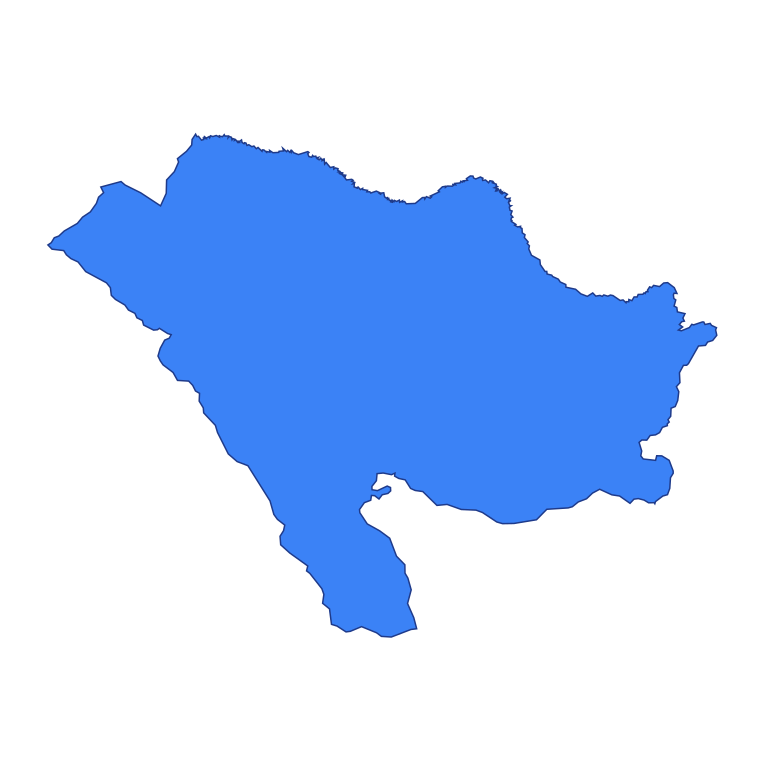 Requena, Loreto, Peru, rotated 269°
{"feature_id": "86281439B4409689759703", "entity_name": "Requena", "entity_type": "district", "adm_level": 2, "iso_a3": "PER", "parent_name": "Peru", "parent_adm1": "Loreto", "projection": "natural_earth1", "projection_center": [-73.578, -5.99], "detail": "fine", "context": "isolated", "style": "filled", "palette": "blue", "viewbox_px": 768, "rotation_deg": 269, "n_neighbors": 0, "source": "geoboundaries", "source_scale": "gbopen_adm2", "svg_char_len": 6156}
<svg xmlns="http://www.w3.org/2000/svg" viewBox="0 0 768 768"><g transform="rotate(269 384 384)"><path d="M130.9,386.9L138.1,406.7L138.7,412.4L149.8,409.7L164.1,403.7L177.7,407.6L189.5,404.5L194.5,401.7L202.9,401.7L211.6,393.5L229.7,387.0L237.2,377.2L244.4,364.8L255.7,357.6L258.9,357.3L265.7,362.3L268.0,368.7L272.8,369.5L272.5,372.7L269.1,377.0L273.3,380.3L274.5,386.0L277.0,388.8L280.4,388.7L281.9,385.4L277.5,375.6L278.5,370.2L281.8,370.1L287.4,374.7L294.5,375.5L295.0,381.6L293.2,390.0L294.7,393.4L291.7,393.0L289.3,397.1L287.8,403.5L279.1,408.8L277.0,413.3L275.8,420.9L261.7,434.8L262.5,445.0L257.2,459.1L256.3,473.8L253.8,480.2L244.1,494.3L242.3,500.1L242.3,511.5L245.6,534.1L255.9,544.6L256.9,566.0L258.0,570.2L262.7,576.2L265.7,584.5L271.3,590.6L275.0,597.8L269.2,609.9L267.9,617.6L260.4,627.9L264.5,631.9L265.0,636.3L263.4,642.0L260.6,646.5L260.6,652.1L259.6,652.7L261.7,653.4L267.1,660.8L268.4,665.5L274.6,667.9L285.3,668.8L289.7,671.6L292.0,671.6L302.7,667.8L307.3,660.5L307.5,655.4L302.9,654.2L304.5,641.9L307.7,639.5L312.5,640.5L321.2,638.0L323.5,640.8L323.3,645.8L327.9,649.2L328.4,654.6L330.6,658.7L335.8,661.6L337.4,666.6L339.2,666.5L341.0,668.5L343.4,667.3L346.7,670.1L354.8,670.6L356.4,674.8L362.4,677.4L371.2,678.6L376.2,676.3L380.2,679.9L390.1,679.6L397.4,683.7L397.5,687.0L399.0,688.7L416.5,699.1L417.0,706.1L420.3,708.3L421.8,713.4L426.9,717.6L432.3,716.5L434.5,717.4L436.9,712.5L438.9,711.2L437.9,706.0L440.4,704.8L440.5,703.4L437.7,694.6L438.3,692.8L435.1,690.3L432.0,682.2L432.8,679.3L435.8,683.6L438.3,680.3L441.1,682.8L441.6,685.4L444.7,684.0L449.1,686.2L451.0,678.6L455.4,678.1L456.8,675.4L463.0,677.2L464.4,675.3L468.1,674.9L469.7,675.6L469.4,678.5L475.3,675.9L480.4,669.4L480.1,665.4L476.6,661.2L477.9,655.3L475.7,653.3L476.5,651.3L473.2,649.1L471.7,649.5L471.7,647.6L469.9,646.7L470.6,645.6L469.2,644.4L469.1,639.7L466.6,638.6L466.7,635.6L463.0,633.3L464.2,630.3L462.0,630.2L462.1,627.8L461.0,627.4L463.9,624.5L463.4,621.6L468.4,614.5L469.0,611.9L467.9,609.4L469.2,605.3L467.8,603.7L468.8,601.5L468.2,597.3L471.4,594.3L468.1,588.8L470.7,582.4L475.4,577.2L477.6,567.6L480.3,567.5L482.9,562.0L485.8,560.1L488.5,554.5L489.9,553.6L491.1,549.0L493.7,548.7L493.7,547.0L500.6,542.4L505.3,542.0L510.1,533.7L516.5,531.1L519.6,531.8L522.0,529.6L523.5,530.6L528.0,526.9L530.8,527.6L532.7,524.9L537.1,524.7L538.0,523.1L539.3,523.3L538.7,520.4L540.5,517.4L541.3,518.6L544.3,514.2L545.6,515.2L545.1,514.3L546.0,513.8L547.9,514.3L548.6,515.8L551.1,513.7L554.7,515.1L555.5,513.0L558.7,512.4L560.0,514.3L560.1,513.0L563.3,511.6L565.4,514.1L564.9,512.2L567.6,513.3L567.1,509.9L568.7,508.0L571.5,510.7L573.4,507.6L572.2,505.6L574.0,505.8L572.8,504.2L573.9,503.2L574.3,504.7L576.1,504.0L575.1,502.9L577.2,501.5L575.1,500.4L575.0,499.0L577.7,500.1L578.3,497.9L579.5,500.8L580.1,499.6L581.8,499.8L583.6,495.2L583.6,497.2L584.8,496.3L585.4,493.4L583.4,492.1L586.2,489.1L585.8,486.2L587.9,485.9L587.7,487.1L589.3,484.0L587.4,479.3L588.4,477.2L590.3,476.6L590.5,473.9L587.9,470.0L586.2,471.0L585.8,467.1L584.7,468.2L585.3,466.5L584.4,465.7L585.4,464.4L583.7,463.5L583.3,458.4L581.9,459.1L582.6,455.8L581.6,457.2L580.6,455.7L580.8,450.5L579.5,448.8L580.6,448.8L580.1,445.8L576.3,441.6L575.2,442.7L571.1,433.5L570.3,434.9L569.0,433.5L570.6,429.6L568.2,428.0L569.8,427.6L569.7,425.6L564.0,418.4L563.8,409.4L566.1,407.8L565.7,405.6L566.9,405.8L565.4,402.8L567.6,402.6L566.3,399.8L567.4,397.6L566.1,397.1L567.6,395.5L565.6,395.5L566.0,393.8L567.4,394.1L567.5,392.5L569.4,392.0L568.6,390.8L571.0,390.8L569.3,390.3L571.1,387.9L575.2,387.1L574.9,384.3L573.8,384.0L574.6,382.7L575.1,383.6L577.0,379.7L575.2,374.1L576.4,373.2L576.5,370.2L577.9,370.9L578.8,366.1L580.0,366.1L578.8,363.8L581.4,361.6L580.9,360.3L580.0,361.3L581.7,357.5L584.9,357.9L584.7,356.5L586.1,358.1L587.2,355.3L588.2,356.7L589.2,355.3L588.7,350.0L591.1,348.4L593.4,349.4L593.7,347.2L592.2,347.4L593.8,346.0L595.8,346.4L596.0,345.0L594.2,345.3L595.2,343.1L596.4,343.9L596.8,342.1L597.5,343.3L598.4,341.5L600.1,341.8L600.9,339.1L599.8,337.6L602.1,337.6L601.4,334.1L606.5,330.0L604.9,328.5L609.1,328.2L608.6,326.5L609.9,327.4L609.4,325.6L610.9,324.7L609.3,323.1L610.3,321.4L611.8,322.6L611.3,320.4L613.0,319.8L612.7,317.6L613.8,316.6L612.0,315.7L612.7,312.9L615.6,311.8L616.8,313.0L617.7,311.9L614.9,302.4L616.8,297.7L619.0,295.9L617.4,295.3L618.8,294.8L617.3,293.8L619.3,291.8L618.0,290.6L621.5,286.9L618.8,287.7L618.5,283.1L617.4,282.8L617.2,277.0L619.5,273.7L617.8,273.9L618.5,270.9L617.7,270.7L620.1,268.0L620.2,266.6L618.8,266.1L622.7,262.2L621.5,260.4L624.2,258.1L623.6,256.0L625.6,253.0L624.9,251.2L627.3,250.2L627.7,248.8L626.7,248.2L628.0,246.3L630.5,245.8L629.2,243.9L629.4,241.8L628.0,243.5L627.9,242.1L630.9,239.9L630.2,238.7L631.4,238.9L632.0,237.1L630.8,236.3L633.4,235.7L634.2,233.5L633.1,232.5L634.7,232.8L634.7,229.3L636.1,228.6L634.1,226.9L634.7,224.0L635.7,223.5L633.7,223.8L635.4,220.6L634.4,217.2L635.2,214.9L633.2,214.0L634.4,213.4L633.0,210.7L634.5,208.7L633.2,208.2L633.6,209.6L632.4,210.4L633.0,207.7L631.6,207.9L631.0,205.8L634.9,202.8L634.6,201.2L637.1,200.0L631.9,196.4L626.3,195.9L620.1,190.6L612.9,181.4L609.5,182.5L600.0,178.1L591.8,170.2L578.4,169.6L566.0,163.7L579.4,144.1L587.4,128.7L591.0,124.6L585.9,104.3L580.2,107.0L575.8,101.9L569.6,99.6L561.2,93.4L556.1,85.5L549.9,80.2L542.6,67.0L537.6,61.4L536.0,56.9L531.1,53.8L528.9,50.4L524.6,54.4L523.0,66.1L518.7,68.7L514.8,73.2L511.4,80.2L501.6,87.7L490.0,108.3L485.1,112.1L477.4,112.9L473.3,116.9L467.5,126.3L462.4,129.8L459.0,136.2L454.5,138.1L451.7,143.5L447.1,144.7L441.9,154.6L442.2,158.4L443.6,160.4L438.2,168.6L437.1,172.1L433.6,170.1L431.7,165.5L423.6,160.9L415.9,158.5L411.1,160.7L407.0,163.4L399.2,173.3L391.2,177.6L390.3,188.8L386.0,192.7L380.3,195.4L377.9,199.4L370.1,198.9L363.3,202.9L358.3,203.2L345.6,214.7L338.4,216.7L316.8,227.1L309.0,235.8L304.7,246.5L269.1,268.0L255.5,271.6L250.5,275.1L244.7,282.3L239.1,281.0L233.6,277.4L225.0,277.9L216.6,286.9L203.4,304.6L198.5,303.3L196.0,306.5L180.4,318.3L174.7,320.2L165.8,318.8L160.1,325.6L144.6,327.3L142.8,332.8L136.8,341.7L137.3,346.0L141.8,357.3L135.4,372.2L131.7,377.0L130.9,386.9Z" fill="#3b82f6" stroke="#1e3a8a" stroke-width="1.5"/></g></svg>